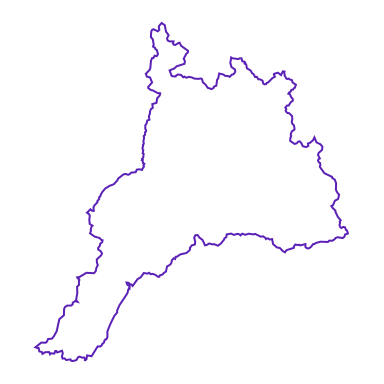 Caylloma, Arequipa, Peru (Albers equal-area conic projection)
{"feature_id": "86281439B30825453994343", "entity_name": "Caylloma", "entity_type": "district", "adm_level": 2, "iso_a3": "PER", "parent_name": "Peru", "parent_adm1": "Arequipa", "projection": "albers", "projection_center": [-71.786, -15.701], "detail": "fine", "context": "isolated", "style": "outline", "palette": "violet", "viewbox_px": 384, "rotation_deg": 0, "n_neighbors": 0, "source": "geoboundaries", "source_scale": "gbopen_adm2", "svg_char_len": 5887}
<svg xmlns="http://www.w3.org/2000/svg" viewBox="0 0 384 384"><path d="M348.6,233.3L347.9,233.2L346.9,230.4L345.9,229.8L345.0,227.3L343.3,226.9L341.4,228.0L340.1,227.0L339.5,225.0L340.1,222.8L339.7,221.8L340.7,220.3L337.8,216.8L335.5,212.0L335.4,210.6L332.5,207.8L331.4,206.0L333.0,205.2L334.9,200.7L338.1,199.0L339.1,194.6L337.4,192.8L335.9,189.8L336.1,183.2L334.8,179.7L332.3,178.0L332.1,176.9L324.4,173.2L319.8,166.8L320.4,164.7L320.0,162.9L318.8,162.3L318.0,160.4L318.7,159.0L319.8,158.5L318.0,155.0L318.6,153.0L322.1,149.8L322.4,146.6L320.3,144.2L316.5,142.4L314.4,137.4L313.1,140.2L310.2,142.7L307.9,143.5L308.4,145.9L306.1,147.1L302.8,146.2L301.4,143.2L299.9,141.4L298.2,141.6L296.6,143.4L294.5,143.9L290.2,140.9L290.3,138.1L291.2,136.0L290.7,134.9L291.1,133.1L292.0,131.2L294.4,129.7L294.5,128.2L293.8,125.1L292.3,123.8L291.7,121.7L292.3,119.5L292.1,116.1L289.2,113.2L287.4,113.0L286.7,112.4L285.6,110.7L286.3,109.0L285.3,107.6L287.0,105.5L288.7,105.5L290.7,102.3L292.8,100.7L292.8,99.0L291.2,97.2L289.9,94.2L288.4,93.7L289.1,92.5L290.6,91.7L291.3,89.9L293.1,89.6L293.8,88.3L294.9,87.7L295.9,84.7L292.6,82.5L291.9,80.1L289.4,79.3L288.8,78.6L287.2,79.0L286.4,78.7L284.5,75.3L284.6,73.7L284.1,72.8L284.5,71.6L282.9,71.3L281.0,75.1L278.0,72.7L274.1,73.8L273.8,74.4L274.9,76.7L272.4,78.1L268.3,82.3L266.6,83.0L266.1,84.1L264.5,84.3L263.3,83.6L262.5,80.6L260.0,79.3L258.3,79.3L256.8,76.8L255.1,77.0L253.6,74.1L252.1,73.2L250.6,70.5L246.9,68.3L246.2,64.4L244.6,63.6L245.2,62.5L244.5,61.7L242.3,61.3L241.5,58.3L239.7,58.3L238.4,59.1L232.1,58.2L231.2,57.5L230.3,62.9L231.5,67.1L234.9,69.4L235.3,71.5L234.6,73.0L233.4,74.3L231.9,74.6L229.7,76.9L228.7,76.2L225.0,75.8L223.6,74.6L219.2,73.5L218.2,78.3L217.1,79.8L216.3,85.7L214.0,86.6L213.7,87.8L211.6,89.1L207.7,87.8L205.4,84.4L202.9,82.4L202.0,79.1L201.0,78.5L197.9,78.9L194.0,78.5L192.1,77.5L188.9,76.9L186.2,77.7L184.3,76.6L183.3,77.3L180.9,74.9L178.1,74.5L176.2,75.5L175.6,76.5L172.2,76.2L171.5,75.6L169.6,70.4L174.3,68.5L176.6,66.3L184.5,63.8L184.9,61.1L183.7,58.7L186.3,53.8L187.8,52.5L188.1,50.9L181.1,45.8L179.7,42.8L178.8,42.8L175.4,44.9L173.7,44.7L172.9,43.2L173.5,41.4L169.5,41.4L167.7,40.5L167.0,38.6L168.6,35.1L166.0,31.6L164.8,25.2L161.6,23.0L159.1,25.9L158.8,27.0L159.3,29.8L157.9,31.3L153.3,29.2L151.8,30.2L151.2,31.9L150.9,37.2L152.8,39.3L153.7,44.7L153.0,46.6L154.9,47.6L155.3,49.0L156.8,50.0L158.0,54.1L156.7,56.2L154.6,55.7L153.5,57.9L152.2,58.0L151.0,60.6L150.3,68.3L149.6,69.8L145.8,73.9L147.0,76.7L150.0,77.4L152.1,82.5L148.2,86.9L148.3,88.1L151.0,90.1L152.8,90.4L157.9,93.2L160.0,93.1L160.3,93.7L159.6,95.6L157.1,98.4L156.5,102.8L152.3,104.1L152.8,107.8L150.9,109.1L149.9,111.8L150.0,113.4L148.9,116.1L149.4,119.7L147.3,120.5L146.5,123.7L145.3,125.3L145.3,128.8L146.2,130.6L145.9,131.6L145.2,131.9L144.9,135.1L143.7,136.1L144.1,137.7L143.4,141.2L143.8,143.7L142.9,144.9L143.2,146.0L142.5,147.6L142.7,149.7L143.3,150.1L142.7,153.3L143.6,153.8L143.5,154.8L143.2,157.6L142.1,158.7L142.7,159.5L141.9,160.2L142.8,161.0L143.0,163.0L144.4,163.8L143.4,165.4L143.9,166.2L143.6,167.4L142.4,168.7L142.1,169.9L139.3,169.3L136.9,169.6L135.6,172.2L131.3,172.6L129.6,174.2L128.0,174.8L126.1,174.0L123.6,174.3L118.1,178.6L117.3,180.5L113.7,184.3L109.7,185.8L105.4,188.4L102.5,191.7L100.6,194.9L100.5,196.1L99.1,197.3L99.2,199.0L97.3,201.2L97.4,202.3L94.4,205.4L93.5,207.4L93.7,210.9L91.9,210.7L90.5,209.3L87.0,212.7L89.0,214.1L89.8,215.7L89.3,219.8L89.7,223.9L92.5,225.7L91.5,226.7L90.7,229.9L91.0,230.9L90.0,233.3L94.7,236.6L99.5,238.0L101.5,240.0L102.6,240.3L102.1,242.3L100.2,243.7L99.9,245.7L98.1,248.1L98.2,249.5L100.6,251.1L102.0,253.3L101.1,255.4L96.8,259.4L96.9,262.5L97.8,265.2L96.5,267.5L95.7,271.3L93.9,273.2L86.4,272.8L79.8,276.8L77.2,277.4L78.1,278.7L79.2,279.1L79.4,280.1L78.9,280.8L79.0,284.9L77.1,286.7L77.3,293.1L76.1,299.8L77.5,301.8L75.1,301.1L72.7,302.7L72.8,304.0L71.5,305.5L67.1,305.6L65.0,307.0L64.1,308.9L63.9,315.3L59.3,319.2L56.7,331.2L53.8,336.4L51.9,338.7L48.1,339.0L47.0,341.6L45.8,342.7L41.3,342.6L35.4,347.3L37.5,348.1L38.6,347.9L39.3,351.4L41.9,352.0L42.5,353.9L45.2,352.2L49.2,352.1L50.0,354.3L51.1,353.3L54.3,353.6L55.3,351.0L56.3,351.0L56.8,352.2L57.5,352.4L62.0,350.7L62.8,353.3L61.9,356.5L62.6,358.6L64.3,358.3L66.3,360.0L70.5,359.4L71.2,360.8L73.2,361.0L76.5,360.0L78.1,357.2L79.6,356.7L82.4,357.7L84.2,357.5L84.9,358.4L84.9,360.1L85.4,360.2L86.4,359.4L87.1,355.4L91.6,356.2L97.7,346.4L100.3,346.5L101.7,345.4L102.0,344.3L104.0,342.5L104.5,340.4L105.9,339.1L106.4,339.2L107.4,337.2L107.4,331.3L110.5,323.7L114.3,315.9L117.2,312.4L117.1,310.6L119.4,305.3L127.5,293.1L128.1,290.1L129.0,288.2L129.5,288.6L129.7,286.3L127.3,284.7L126.6,282.5L128.5,282.8L130.1,284.3L131.4,284.5L132.6,286.0L137.5,279.2L140.8,277.2L143.8,273.0L147.4,273.6L149.2,272.8L150.7,274.2L152.6,273.9L155.1,274.7L158.3,276.9L159.4,276.7L159.8,275.4L162.7,274.4L163.6,273.1L166.0,271.5L167.0,266.5L169.8,264.9L171.2,263.4L171.9,260.3L173.6,258.3L175.2,259.0L175.7,256.8L177.1,256.6L180.3,254.4L186.4,253.0L189.5,250.4L190.1,249.1L189.9,247.9L191.8,245.4L194.9,244.5L195.2,241.8L194.2,237.6L195.5,235.1L197.7,235.1L199.3,237.5L202.5,239.9L205.0,245.3L206.5,245.1L209.2,243.5L212.4,244.4L214.0,244.1L218.0,245.7L221.1,243.3L224.2,239.4L224.4,238.4L226.3,237.1L226.7,234.4L231.1,233.6L233.9,234.9L237.5,233.8L239.7,234.5L240.5,235.4L242.2,233.7L245.2,234.8L248.7,233.7L253.2,234.4L255.0,233.9L260.9,236.7L263.1,236.3L265.4,238.0L266.0,239.1L267.2,238.4L268.3,238.5L269.6,239.5L272.1,239.1L273.1,244.1L277.0,247.5L279.7,247.9L282.7,251.0L285.0,252.3L286.2,250.5L287.5,249.8L293.8,247.9L294.0,246.3L295.4,244.5L297.7,245.1L299.2,244.7L300.3,245.4L305.4,244.1L305.5,247.1L307.0,248.3L308.9,248.4L311.1,246.8L313.1,244.1L314.5,244.0L315.5,243.1L320.6,241.7L327.9,242.0L329.1,240.7L332.4,240.7L334.7,239.2L335.4,238.1L337.7,237.2L342.7,238.1L344.5,236.6L345.0,234.5L348.6,233.3Z" fill="none" stroke="#5b21b6" stroke-width="2"/></svg>